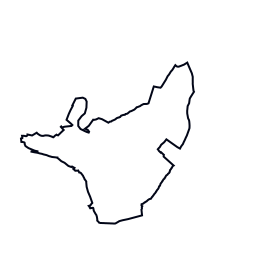 the district of Craciunelu De Jos, Alba, Romania, rotated 224°
{"feature_id": "2599482B15849138158087", "entity_name": "Craciunelu De Jos", "entity_type": "district", "adm_level": 2, "iso_a3": "ROU", "parent_name": "Romania", "parent_adm1": "Alba", "projection": "orthographic", "projection_center": [23.831, 46.153], "detail": "fine", "context": "isolated", "style": "outline", "palette": "ink", "viewbox_px": 256, "rotation_deg": 224, "n_neighbors": 0, "source": "geoboundaries", "source_scale": "gbopen_adm2", "svg_char_len": 4285}
<svg xmlns="http://www.w3.org/2000/svg" viewBox="0 0 256 256"><g transform="rotate(224 128 128)"><path d="M137.6,206.1L137.1,203.4L136.8,202.4L136.4,200.2L136.4,198.5L135.6,194.8L135.5,192.9L134.3,189.1L132.6,181.1L132.6,179.6L135.1,177.8L138.3,175.8L130.4,160.0L130.6,159.5L131.1,158.5L133.4,156.1L133.9,154.8L134.4,153.1L134.5,152.2L135.8,149.4L136.2,148.9L136.1,148.0L136.2,145.7L137.4,142.4L138.1,141.2L138.4,138.1L138.7,137.4L139.5,136.3L139.4,135.4L140.4,134.2L141.5,132.1L141.3,130.5L141.8,129.7L141.8,129.2L142.4,128.5L143.0,127.1L143.1,125.5L143.8,123.6L144.5,122.1L144.5,121.2L145.5,119.8L145.8,118.2L152.8,116.3L155.9,114.7L156.9,112.0L158.2,110.1L158.8,109.8L157.7,102.3L158.4,97.6L157.6,98.0L157.1,98.0L156.6,98.2L155.8,98.7L154.6,98.5L153.4,98.3L153.1,97.4L154.9,96.5L156.8,95.8L158.4,95.3L158.7,95.2L161.5,94.3L165.2,94.9L168.9,98.8L169.6,104.3L169.2,108.5L172.0,113.7L176.1,118.3L178.9,119.3L181.6,118.4L186.0,112.9L183.7,105.5L183.1,105.6L181.7,100.8L180.4,97.1L177.9,91.2L172.2,91.5L170.1,91.5L170.1,90.2L174.4,85.0L175.3,83.6L175.5,82.5L177.1,82.7L177.1,82.2L172.9,81.9L173.0,79.7L173.1,77.6L173.1,76.7L173.2,74.1L173.9,73.8L174.5,73.5L174.8,73.5L174.9,73.1L174.9,72.8L175.2,71.7L175.2,71.1L175.2,70.6L175.2,70.2L175.2,69.6L175.4,69.5L175.5,69.3L175.8,69.2L176.1,69.1L176.4,69.0L176.6,69.0L176.8,68.8L177.0,68.8L177.4,68.6L177.6,68.5L177.8,68.4L178.4,68.1L178.8,67.9L179.1,67.8L179.4,67.6L179.7,67.5L180.1,67.2L180.4,67.0L181.8,65.8L182.3,65.3L182.6,64.9L183.4,63.6L184.4,62.6L185.2,62.1L186.4,61.6L187.5,61.4L188.6,61.2L189.3,61.1L190.4,61.2L191.8,56.0L195.8,53.5L195.3,52.9L195.3,52.0L195.6,51.3L197.4,50.1L198.8,48.8L197.5,47.9L197.0,47.3L197.5,46.7L197.7,46.1L195.0,43.9L194.1,44.7L192.8,45.5L192.3,45.6L192.0,45.5L190.9,44.5L189.2,43.8L186.2,44.3L185.4,44.5L179.3,46.9L176.9,48.4L176.5,48.0L178.6,46.0L181.8,43.4L178.5,45.5L175.9,47.3L173.7,48.5L172.0,49.6L170.3,50.4L167.8,51.9L165.3,52.9L164.7,53.2L164.6,53.3L162.5,54.4L158.6,57.4L158.5,57.5L158.4,57.3L157.0,57.6L152.9,57.8L149.5,58.9L144.5,59.3L141.6,60.6L141.5,61.4L138.9,62.1L139.0,60.6L138.7,60.5L138.1,61.1L137.0,60.5L136.2,60.7L134.5,62.4L134.3,62.8L132.6,62.3L132.2,62.1L131.9,62.3L131.7,62.6L131.2,62.7L130.6,62.9L129.2,62.7L127.9,62.5L127.2,62.4L126.3,62.0L125.2,61.7L124.2,61.3L123.9,61.1L123.7,61.0L123.2,61.0L122.5,60.8L121.9,60.8L121.3,60.6L120.7,60.4L120.2,59.8L116.8,56.9L112.4,54.3L107.6,52.3L101.6,49.3L101.5,48.9L101.7,48.2L101.3,46.4L102.1,44.7L99.9,44.5L99.9,44.1L99.4,44.0L98.0,46.0L97.6,46.3L97.2,46.2L95.3,44.8L94.5,44.5L91.8,43.7L90.3,43.4L88.7,42.5L87.1,41.3L86.6,40.9L85.8,40.0L84.8,40.0L83.8,40.0L83.2,39.8L82.8,40.0L82.6,40.1L82.4,40.2L82.0,40.4L81.2,41.1L79.9,42.3L78.4,43.6L76.5,45.3L71.2,50.0L70.7,50.7L70.6,51.1L69.6,54.6L69.6,54.9L67.8,57.9L64.6,62.6L57.2,74.9L61.7,78.7L61.9,79.6L62.5,80.2L63.0,80.5L63.4,81.7L64.4,81.6L65.3,82.6L64.5,84.3L64.4,85.7L64.1,86.4L64.2,86.7L64.1,87.1L63.7,87.9L63.6,90.2L63.4,90.8L63.4,91.2L63.2,91.6L63.1,92.0L62.4,92.9L62.8,95.1L62.7,95.4L62.8,95.8L62.8,96.2L62.9,96.6L63.1,98.4L63.3,99.0L63.2,99.8L63.4,101.0L63.6,101.5L63.5,101.8L63.8,102.5L63.8,103.0L64.0,103.6L64.0,104.9L64.4,106.4L64.9,107.2L65.1,108.1L64.9,108.7L65.9,110.6L66.1,112.7L66.4,113.3L66.3,113.9L66.6,114.9L66.8,115.7L66.6,116.8L66.9,117.4L66.8,118.2L67.1,118.6L67.5,120.4L67.2,121.8L67.4,122.9L67.2,124.2L67.4,125.2L67.9,125.7L68.0,126.4L68.5,126.9L68.5,128.1L68.8,128.9L68.7,129.3L68.9,129.7L68.9,130.2L69.3,131.3L69.3,131.9L69.1,132.7L82.5,132.2L82.9,132.6L83.3,133.1L83.5,133.6L87.4,133.5L87.4,133.0L88.9,133.0L89.7,133.0L90.3,133.1L90.8,133.3L91.8,133.4L91.9,135.2L91.8,136.1L92.5,139.0L92.3,140.9L92.1,142.8L92.3,145.0L92.5,146.5L79.3,148.5L76.3,149.3L77.0,151.7L77.2,153.3L77.3,154.5L78.0,156.3L78.9,159.1L79.7,161.2L80.4,163.4L83.5,170.3L84.2,171.2L85.4,172.5L86.8,173.8L88.3,175.1L89.5,176.0L90.4,176.3L91.8,176.9L92.3,177.3L95.5,179.6L97.4,181.5L98.0,182.3L100.3,185.2L101.2,188.2L103.9,191.9L104.1,192.4L104.7,194.9L104.9,196.0L105.1,196.8L105.7,199.9L106.6,200.2L108.6,201.8L112.1,204.7L113.0,205.7L114.6,207.3L117.0,209.8L120.1,211.7L125.6,214.0L129.4,215.6L130.8,216.2L131.3,214.2L131.8,212.3L132.3,211.3L132.9,209.9L133.1,209.5L134.1,207.4L134.8,206.7L135.4,206.3L136.1,206.1L136.9,206.1L137.6,206.1Z" fill="none" stroke="#020617" stroke-width="2"/></g></svg>